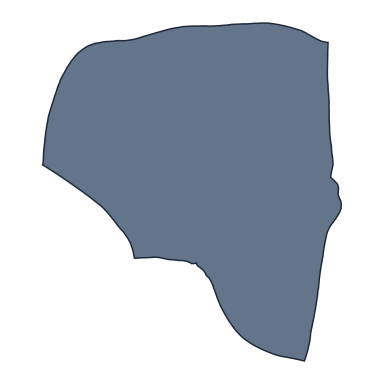 Al Qatn, Hadramawt, Yemen (Robinson projection)
{"feature_id": "15242507B78643865459873", "entity_name": "Al Qatn", "entity_type": "district", "adm_level": 2, "iso_a3": "YEM", "parent_name": "Yemen", "parent_adm1": "Hadramawt", "projection": "robinson", "projection_center": [48.348, 15.912], "detail": "fine", "context": "isolated", "style": "filled", "palette": "slate", "viewbox_px": 384, "rotation_deg": 0, "n_neighbors": 0, "source": "geoboundaries", "source_scale": "gbopen_adm2", "svg_char_len": 4760}
<svg xmlns="http://www.w3.org/2000/svg" viewBox="0 0 384 384"><path d="M209.4,26.1L206.1,26.0L202.3,25.9L200.2,26.0L197.5,26.1L192.4,26.1L190.4,26.2L187.8,26.3L183.6,26.6L181.8,26.9L179.8,27.2L175.6,27.9L171.1,28.7L166.7,29.8L163.2,30.8L160.1,31.7L157.2,32.5L156.1,32.8L152.3,33.9L151.6,34.1L147.0,35.5L143.8,36.4L140.6,37.4L139.6,37.7L136.2,38.8L132.4,39.6L128.8,40.2L125.7,40.6L124.4,40.7L122.2,40.7L121.2,40.7L119.2,40.6L117.5,40.6L116.7,40.7L113.0,41.2L109.6,41.4L106.0,41.6L104.4,41.8L102.7,42.0L99.2,42.7L98.6,42.8L95.0,43.4L93.4,44.0L91.8,44.5L90.1,45.2L87.9,46.0L85.0,47.8L83.5,48.8L81.8,50.0L78.1,53.0L75.7,55.5L73.5,58.3L73.1,58.9L70.8,61.7L70.3,62.6L68.7,65.0L66.9,67.8L66.7,68.2L64.7,72.0L62.7,75.4L60.6,79.5L59.4,82.9L57.7,87.1L56.0,92.4L54.7,96.2L53.4,100.5L51.9,105.0L51.3,106.9L50.6,109.3L49.4,113.2L48.4,116.7L48.0,118.9L47.7,120.8L46.8,125.5L46.3,129.2L46.2,129.6L45.7,132.9L45.1,138.2L44.7,142.3L44.4,144.9L43.8,150.2L43.5,154.9L43.3,159.3L43.0,163.5L42.6,164.9L46.3,167.1L47.7,168.0L49.9,169.5L51.4,170.4L53.3,171.7L56.3,173.5L56.9,173.9L60.8,176.6L64.7,179.2L68.7,181.9L70.3,183.1L72.3,184.4L73.9,185.6L75.2,186.5L76.6,187.5L78.3,188.7L81.0,190.6L81.7,191.1L85.6,194.0L88.7,196.2L91.7,198.6L94.8,201.1L98.0,203.5L100.4,205.4L100.8,205.7L101.2,206.0L103.6,208.4L105.9,210.7L108.5,213.8L108.7,214.0L111.6,217.6L112.7,219.0L114.6,221.2L116.7,224.2L118.1,226.0L119.6,227.7L120.6,228.9L121.8,230.2L123.0,231.5L124.1,232.9L125.1,234.4L126.5,236.3L128.4,239.2L129.0,240.5L130.0,242.3L131.4,245.8L132.6,249.4L133.0,251.0L133.4,252.9L134.1,256.6L134.3,257.3L134.5,258.2L135.0,258.2L138.7,258.0L142.1,257.8L146.5,257.7L150.3,257.5L154.3,257.2L156.3,257.2L157.6,257.3L160.8,257.8L165.2,258.8L167.8,259.3L168.7,259.5L172.0,259.8L172.8,259.8L176.0,260.1L179.3,260.5L182.9,260.6L186.4,261.2L189.7,262.4L190.7,263.0L191.6,263.6L192.1,263.6L193.4,263.6L193.9,263.5L194.6,263.3L195.4,263.2L195.9,263.1L196.1,263.0L196.4,263.0L196.5,263.4L196.4,263.5L196.4,263.9L196.5,264.2L196.9,264.8L197.6,265.6L198.0,266.0L203.0,269.9L205.3,273.1L206.4,275.5L209.1,278.0L210.9,281.0L211.6,282.6L212.6,284.8L214.0,288.8L214.1,289.0L214.3,289.4L215.7,293.2L216.3,295.1L216.8,296.6L217.8,299.3L218.4,300.8L219.1,302.3L220.3,305.5L222.6,310.0L224.6,313.6L224.9,314.2L227.3,318.1L228.3,319.8L229.2,321.4L230.0,322.5L231.2,324.2L231.6,324.7L232.0,325.4L233.6,327.6L236.1,330.8L237.5,332.3L239.6,334.6L242.4,337.3L245.4,339.7L249.2,342.3L251.5,343.8L252.3,344.3L253.6,345.1L256.3,346.5L260.2,348.5L263.3,349.9L264.6,350.5L268.3,352.0L270.7,353.0L272.0,353.5L275.4,354.7L279.1,355.8L281.5,356.3L282.7,356.5L285.5,357.0L286.7,357.2L289.5,357.8L291.0,358.0L291.3,358.1L294.4,358.7L298.1,359.5L301.5,360.3L303.2,360.7L304.4,361.0L305.6,357.4L306.6,354.0L308.0,349.3L308.3,347.8L308.9,345.2L309.3,343.3L309.8,341.0L310.2,337.7L310.3,337.1L310.6,333.4L311.3,329.5L311.6,328.3L312.2,325.4L312.9,322.0L313.1,321.3L313.2,320.9L313.8,317.6L314.6,313.4L314.7,312.4L315.7,307.5L316.2,303.8L316.9,299.5L317.5,295.6L317.8,291.5L318.5,287.8L319.0,282.6L319.3,278.6L319.6,276.7L319.9,274.3L320.5,270.1L321.2,265.4L322.0,261.2L322.8,256.7L322.9,255.9L323.3,252.7L323.7,249.8L323.8,249.0L324.2,246.7L324.5,245.1L324.9,243.0L325.5,239.9L326.3,236.1L327.3,232.1L328.8,228.8L330.5,225.7L333.0,222.4L335.1,219.5L336.1,218.0L337.3,216.2L338.0,215.0L339.5,212.6L341.0,208.8L341.4,204.7L340.8,201.1L339.2,197.7L338.8,196.3L338.6,196.1L338.3,195.3L338.2,194.9L338.2,194.5L338.2,194.0L338.0,193.5L338.6,188.0L337.9,185.7L337.9,185.4L337.8,185.1L337.7,184.8L337.6,184.6L337.6,184.4L337.5,184.2L335.4,181.8L330.5,177.0L332.0,169.4L333.0,164.9L332.9,160.9L332.7,159.9L332.5,157.2L331.9,153.5L331.5,149.8L331.4,145.8L331.0,143.8L330.7,142.0L330.5,140.1L330.2,137.6L329.9,135.3L329.7,133.6L329.6,129.1L329.5,127.2L329.5,125.6L329.4,124.0L329.2,121.2L329.2,118.5L329.1,116.3L329.1,113.5L329.2,111.5L329.1,109.0L329.0,107.4L329.1,101.6L328.8,97.4L328.7,95.5L328.6,93.7L328.1,89.0L328.1,88.1L328.0,84.7L327.8,82.7L327.6,81.0L327.5,78.4L327.4,76.4L327.4,74.4L327.4,72.8L327.4,70.0L327.4,68.8L327.5,67.6L327.5,64.3L327.6,59.3L327.7,54.5L327.7,51.2L327.8,49.4L328.0,43.9L328.1,42.5L327.4,42.4L323.8,41.9L320.6,40.9L318.7,40.0L317.2,39.3L314.2,37.6L311.1,35.9L308.7,34.6L308.1,34.3L305.0,32.4L301.3,30.7L297.7,29.5L297.1,29.3L294.2,28.6L293.9,28.5L290.7,27.4L288.2,26.9L286.5,26.4L283.2,25.6L281.1,25.2L279.4,24.8L275.8,24.2L275.7,24.2L272.4,23.6L272.1,23.6L269.1,23.2L266.7,23.1L265.9,23.1L263.8,23.1L261.6,23.0L259.1,23.2L257.8,23.4L255.8,23.3L254.6,23.3L254.0,23.4L251.3,23.6L247.8,23.9L247.3,23.9L243.3,23.9L242.2,23.9L240.1,24.1L236.2,24.2L231.9,24.4L230.5,24.6L227.4,25.1L225.5,25.2L222.6,25.4L219.3,25.7L217.8,25.8L214.4,26.0L210.5,26.1L209.4,26.1Z" fill="#64748b" stroke="#1e293b" stroke-width="1.5"/></svg>